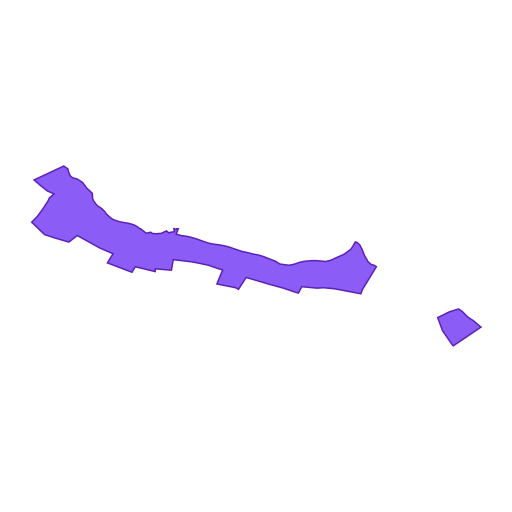 Pangai, Tonga (Equal Earth projection), rotated 89°
{"feature_id": "48082658B13739269194746", "entity_name": "Pangai", "entity_type": "district", "adm_level": 2, "iso_a3": "TON", "parent_name": "Tonga", "parent_adm1": "", "projection": "equal_earth", "projection_center": [-174.349, -19.79], "detail": "fine", "context": "isolated", "style": "filled", "palette": "violet", "viewbox_px": 512, "rotation_deg": 89, "n_neighbors": 0, "source": "geoboundaries", "source_scale": "gbopen_adm2", "svg_char_len": 2092}
<svg xmlns="http://www.w3.org/2000/svg" viewBox="0 0 512 512"><g transform="rotate(89 256 256)"><path d="M232.4,434.4L245.5,411.6L251.2,399.0L252.5,399.7L255.1,401.4L260.3,404.7L270.1,380.3L264.7,376.9L265.2,374.8L269.8,357.1L267.1,356.9L268.7,340.8L258.2,338.8L260.8,319.8L262.4,312.4L264.3,304.1L267.9,294.2L269.3,289.6L283.3,295.6L286.9,279.0L287.6,276.4L289.0,274.1L277.3,266.2L284.9,241.9L288.7,228.9L292.5,218.4L293.8,214.2L287.5,210.8L289.2,195.5L288.9,188.9L290.2,177.6L295.6,151.8L291.4,150.2L268.8,135.8L267.4,137.9L266.5,140.9L263.9,143.9L257.2,147.6L251.0,149.9L247.0,151.9L244.4,154.4L243.6,156.4L248.6,159.4L251.2,161.4L255.8,168.0L258.1,173.4L261.5,181.2L262.7,186.3L261.7,195.5L261.6,200.9L261.8,202.3L261.9,204.8L262.2,208.1L263.2,212.8L264.5,216.7L265.4,220.4L265.8,223.3L265.3,226.8L264.8,229.8L264.5,232.2L261.5,236.7L259.8,241.0L256.5,249.0L255.1,253.6L253.8,259.6L252.1,265.7L251.4,269.3L248.5,277.5L246.4,283.1L245.9,285.2L245.3,287.2L244.6,290.7L244.0,294.1L243.1,300.0L241.9,304.5L239.2,311.7L237.0,317.8L235.5,323.0L234.7,327.3L234.3,330.2L233.8,331.9L233.5,333.1L232.9,335.4L227.4,333.3L227.4,334.7L227.8,334.7L227.9,336.3L227.1,337.1L227.2,337.7L230.3,337.1L230.9,341.8L231.3,341.9L231.4,342.8L229.3,345.1L231.7,350.3L232.0,355.5L231.8,357.5L231.7,359.1L230.4,360.8L231.3,365.3L230.0,367.0L228.5,368.8L226.7,371.0L226.8,371.4L226.0,372.7L224.8,374.0L223.0,377.0L221.8,380.3L221.0,383.5L219.8,389.7L219.0,393.0L217.4,397.5L216.3,399.4L214.7,401.3L212.7,403.5L210.9,405.2L209.0,406.4L206.3,409.0L204.5,411.3L203.3,413.3L201.9,414.7L198.0,417.4L195.9,418.3L190.4,418.6L187.9,421.2L185.2,424.0L179.6,428.0L176.7,432.2L175.6,434.2L174.9,437.3L173.7,439.2L172.1,440.6L168.5,442.0L165.7,442.5L162.7,446.6L164.4,450.5L176.1,476.6L182.5,469.4L187.4,463.4L190.4,456.8L194.2,461.5L197.4,463.0L205.6,468.6L208.8,471.0L213.0,474.3L218.3,479.7L230.9,467.0L234.6,456.4L238.8,442.8L232.4,434.4ZM331.0,32.3L324.5,39.8L320.7,45.4L315.0,50.8L312.5,54.3L315.1,63.4L320.7,75.4L333.8,70.9L347.5,61.8L349.3,60.4L331.0,32.3Z" fill="#8b5cf6" stroke="#5b21b6" stroke-width="1.5"/></g></svg>